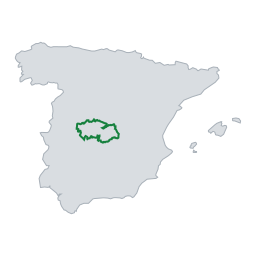 where Toledo sits in Spain
{"feature_id": "ESP-5848", "entity_name": "Toledo", "entity_type": "Autonomous Community", "adm_level": 1, "iso_a3": "ESP", "parent_name": "Spain", "parent_adm1": "", "projection": "albers", "projection_center": [-4.343, 39.785], "detail": "medium", "context": "in_parent", "style": "outline", "palette": "green", "viewbox_px": 256, "rotation_deg": 0, "n_neighbors": 0, "source": "natural_earth", "source_scale": "10m", "svg_char_len": 5234}
<svg xmlns="http://www.w3.org/2000/svg" viewBox="0 0 256 256"><path d="M135.3,50.6L135.4,51.3L136.7,52.7L140.6,53.5L141.6,54.1L141.5,56.1L140.6,57.8L141.5,58.6L142.4,58.5L143.5,57.1L143.7,58.0L145.6,58.8L149.5,60.2L152.3,60.3L155.3,63.3L159.9,62.5L164.2,65.3L168.1,64.4L169.0,65.0L175.1,64.7L175.3,62.3L176.0,61.2L186.7,64.0L188.2,66.0L188.0,67.1L188.7,69.5L190.1,69.3L192.8,67.7L196.5,69.2L197.6,70.6L198.3,70.7L201.0,69.0L208.4,70.2L208.6,69.0L209.1,68.6L212.1,67.4L213.4,67.0L217.4,67.5L218.0,68.8L218.8,69.3L219.2,70.5L217.0,71.4L216.9,73.5L218.5,75.1L218.9,78.1L215.2,82.3L204.3,89.8L200.8,94.1L192.4,96.7L183.8,100.2L178.8,105.7L180.2,106.1L181.9,107.8L181.4,108.6L179.1,110.0L177.1,110.4L173.5,117.1L168.5,124.1L166.6,127.3L162.7,135.3L162.8,137.6L165.2,145.3L166.6,147.3L168.4,148.9L171.7,150.2L172.5,151.7L171.5,153.1L168.4,155.7L162.8,159.3L160.5,162.0L160.1,164.5L158.5,165.7L158.0,169.2L155.9,174.2L155.8,175.5L157.7,177.2L156.0,178.4L147.1,179.2L141.8,183.2L139.1,186.6L136.8,193.0L133.9,196.8L132.5,197.6L130.4,196.0L127.8,195.8L125.3,196.4L124.0,197.7L121.9,198.5L119.9,197.9L115.5,197.6L113.6,197.7L110.5,198.8L107.9,198.1L103.5,197.8L94.0,198.6L92.8,199.0L88.5,203.3L83.9,203.3L79.7,205.0L76.8,209.2L76.2,211.4L75.4,210.8L74.8,211.0L74.4,212.7L71.5,213.7L68.2,212.3L65.5,210.2L64.1,210.0L61.9,206.8L60.9,204.7L60.3,202.5L60.2,200.9L58.2,200.0L57.8,198.0L59.3,195.4L61.3,194.0L59.5,194.0L58.1,195.7L56.5,193.0L49.7,187.5L50.1,185.6L48.9,187.0L48.1,187.4L44.6,187.0L40.5,187.5L39.1,178.5L40.3,175.4L45.0,169.4L47.8,168.7L49.1,165.6L46.5,165.6L42.6,159.4L43.8,153.8L48.0,149.7L48.7,148.0L48.9,146.4L48.2,145.3L46.0,144.6L43.9,140.0L43.4,137.2L41.6,135.6L40.2,132.8L41.6,132.4L47.3,132.6L48.7,131.9L49.8,130.1L51.0,127.0L51.3,125.2L49.1,122.4L49.1,121.9L49.4,121.0L52.9,118.1L52.3,115.9L53.0,111.3L52.8,108.5L52.5,106.3L51.4,103.4L52.2,102.2L54.0,101.3L55.4,99.0L57.6,97.1L60.3,95.5L63.5,92.2L63.0,90.6L62.0,89.7L58.1,88.9L57.9,88.2L58.0,84.5L57.0,83.0L55.6,83.1L53.5,82.4L53.0,82.8L50.3,82.6L48.4,81.9L47.6,82.4L47.3,83.7L44.1,85.0L42.3,84.9L39.4,83.6L36.0,83.9L35.6,83.6L32.7,85.0L31.7,85.0L30.6,83.1L32.3,80.4L31.1,77.8L30.2,77.7L24.8,79.3L21.6,81.7L20.4,81.9L20.0,81.4L20.0,78.0L23.4,74.4L21.4,74.1L21.5,73.0L22.9,71.3L21.6,70.0L21.8,66.2L18.9,67.3L18.2,67.1L18.2,65.6L20.1,62.7L18.3,62.2L17.0,61.0L15.4,58.5L15.4,57.2L16.5,54.2L19.1,52.9L21.6,50.9L24.9,51.5L30.0,49.9L31.7,49.1L31.7,47.8L31.2,46.9L31.7,46.0L35.9,43.6L38.3,43.5L40.8,42.3L42.5,43.2L43.9,43.0L45.5,44.0L47.7,46.3L50.9,47.3L53.4,46.7L66.6,46.8L70.3,45.7L73.2,47.2L78.8,47.9L82.2,49.0L91.5,51.0L94.9,51.0L101.7,49.1L103.5,49.6L106.2,48.6L107.5,48.8L109.2,50.1L115.2,51.8L116.8,50.3L118.0,49.9L122.3,50.8L126.6,52.5L128.9,52.6L132.2,52.0L135.3,50.6ZM221.2,125.6L222.8,126.2L224.5,125.4L225.4,125.5L226.3,125.8L226.7,127.2L223.6,134.3L220.8,136.4L217.8,135.2L216.0,135.0L215.5,134.5L214.9,132.3L214.1,131.7L212.9,131.4L210.8,133.3L210.0,132.2L208.9,132.1L208.4,131.4L208.4,130.5L215.0,124.7L216.9,123.3L221.1,121.6L221.7,121.8L221.2,122.6L221.9,123.3L221.2,125.6ZM240.6,121.0L240.2,123.0L234.7,120.9L233.0,120.8L232.6,120.5L232.6,118.5L236.0,118.0L238.9,118.6L240.6,121.0ZM193.7,146.9L193.1,148.3L190.5,148.0L189.9,147.5L190.4,145.9L191.1,145.7L191.1,144.6L191.8,143.4L195.4,142.3L196.3,143.0L196.6,144.1L194.5,146.5L193.7,146.9ZM196.6,152.2L196.2,152.5L193.3,152.4L193.2,151.5L193.7,150.2L194.9,151.4L196.5,151.5L196.6,152.2Z" fill="#d9dde1" stroke="#a8b0b8" stroke-width="1"/><path d="M76.7,128.8L76.7,127.9L77.0,126.3L77.1,124.7L77.3,123.8L77.8,123.6L79.4,123.8L80.1,124.2L80.5,124.2L80.9,124.1L82.1,123.0L83.0,122.8L83.3,123.6L83.9,123.6L84.6,123.1L85.0,122.4L86.2,121.4L86.7,120.4L88.2,120.2L88.5,120.3L88.6,121.3L88.9,121.7L89.6,121.9L90.5,121.6L91.4,121.9L92.8,121.0L94.0,119.4L94.3,119.7L94.3,120.3L94.4,120.8L95.2,121.4L95.6,121.2L96.2,120.3L97.2,120.0L97.9,120.7L98.5,120.8L99.2,120.6L99.7,120.8L100.2,121.4L102.6,122.2L103.1,122.6L103.7,122.6L104.3,123.2L105.7,123.3L106.7,123.9L106.7,124.4L106.4,125.3L105.8,125.6L103.9,127.3L102.3,127.9L103.2,128.5L103.6,128.5L104.7,127.6L106.3,126.9L106.4,126.4L108.2,125.7L108.6,125.1L110.2,125.2L110.8,124.9L111.3,125.2L112.2,125.0L113.9,124.2L114.2,124.4L114.3,124.7L114.2,125.1L114.7,126.5L115.5,126.4L115.5,127.6L115.0,128.8L115.5,129.0L116.1,129.7L116.5,130.8L116.9,131.3L117.2,132.2L118.8,134.0L118.5,134.9L118.4,137.7L117.6,138.3L116.9,138.1L116.1,138.2L114.8,137.3L114.1,137.4L114.1,137.7L112.3,137.8L112.1,138.0L111.7,139.2L110.5,139.3L109.3,140.0L109.2,140.7L107.8,141.7L107.3,141.5L105.7,141.8L105.0,142.3L104.0,141.8L103.4,142.0L103.0,142.6L102.4,142.5L101.9,142.1L100.8,141.7L100.7,140.5L99.0,140.3L98.4,140.8L97.8,140.2L98.2,138.2L98.9,138.3L99.2,137.9L98.9,137.1L98.9,136.8L99.5,136.4L99.5,135.6L98.1,135.9L97.5,135.6L97.0,137.3L96.1,137.8L93.0,137.1L92.6,137.5L92.1,137.6L91.7,137.2L91.5,136.2L91.1,136.2L90.8,136.4L90.6,137.3L90.0,137.7L89.7,138.3L88.4,138.4L87.4,139.1L87.2,138.7L87.6,137.8L87.4,137.2L87.0,136.8L85.6,136.0L84.9,136.9L84.1,139.6L82.5,137.7L81.9,137.4L79.9,135.3L79.9,135.0L80.6,133.9L80.9,132.5L80.5,131.8L80.6,131.2L80.4,130.8L79.7,130.8L78.8,131.7L78.0,131.5L77.9,131.2L77.9,130.7L78.4,129.2L77.8,128.7L76.7,128.8Z" fill="none" stroke="#15803d" stroke-width="2"/></svg>